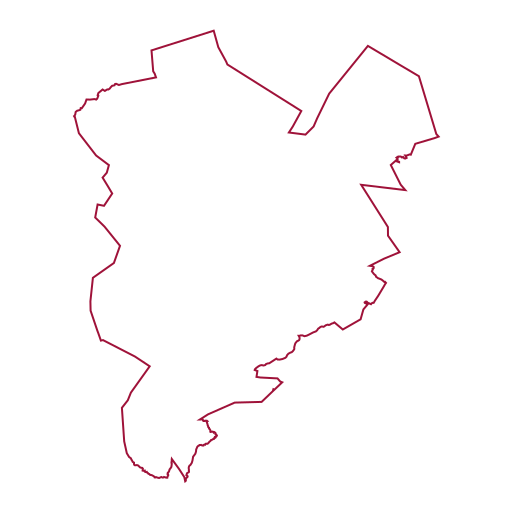 the district of San Nicolás Tolentino, San Luis Potosí, Mexico
{"feature_id": "50627088B31114967632852", "entity_name": "San Nicolás Tolentino", "entity_type": "district", "adm_level": 2, "iso_a3": "MEX", "parent_name": "Mexico", "parent_adm1": "San Luis Potosí", "projection": "albers", "projection_center": [-100.453, 22.148], "detail": "fine", "context": "isolated", "style": "outline", "palette": "rose", "viewbox_px": 512, "rotation_deg": 0, "n_neighbors": 0, "source": "geoboundaries", "source_scale": "gbopen_adm2", "svg_char_len": 5875}
<svg xmlns="http://www.w3.org/2000/svg" viewBox="0 0 512 512"><path d="M185.2,481.3L185.6,481.0L185.8,480.7L185.9,479.9L185.8,479.5L185.8,479.3L185.9,478.7L186.0,478.5L186.6,477.7L186.8,477.6L186.9,477.4L187.3,477.2L187.6,476.7L187.6,476.3L187.5,476.0L187.3,475.9L187.2,475.7L186.9,475.4L186.4,475.1L186.5,474.9L186.7,474.4L186.7,474.2L186.8,473.9L186.9,473.5L187.1,473.1L187.3,473.0L188.8,472.2L189.0,471.4L189.0,471.0L188.8,470.5L188.9,470.1L188.9,469.5L188.7,468.1L188.8,467.2L189.0,466.6L189.3,466.0L189.5,465.6L190.4,465.0L191.8,462.8L192.5,460.4L193.1,456.7L195.3,453.8L196.0,451.6L196.2,449.4L197.1,447.4L197.3,446.8L197.9,446.2L198.5,445.7L199.0,445.6L199.3,445.2L199.6,445.0L200.6,445.0L201.1,444.9L201.4,445.1L201.7,445.3L202.4,445.5L202.7,445.5L203.4,445.5L203.5,445.0L204.4,444.6L204.7,444.5L205.1,444.7L205.6,443.9L205.9,443.7L206.3,443.7L207.1,443.8L207.6,443.7L208.0,443.4L208.4,442.9L208.7,442.7L209.0,442.3L209.1,442.1L209.3,441.8L209.5,441.6L209.9,441.4L210.1,441.2L210.4,441.0L210.7,440.6L210.9,440.4L211.1,440.0L211.8,439.9L212.5,439.5L212.8,439.3L213.0,439.1L213.3,438.9L213.6,439.0L213.9,438.9L213.8,438.5L214.9,437.3L214.9,436.9L215.4,436.7L215.2,437.8L215.4,437.7L215.5,437.6L215.5,437.3L215.6,437.1L216.1,436.7L216.3,435.8L216.7,435.9L216.9,435.4L216.4,434.9L216.2,434.5L216.1,434.4L215.9,434.5L215.5,434.3L215.5,433.3L215.4,432.9L214.8,432.5L214.6,432.2L214.4,432.1L213.8,432.7L213.6,432.5L213.8,431.9L213.8,432.0L212.5,431.6L212.2,431.6L211.3,431.8L210.7,432.0L210.4,431.9L210.3,431.3L210.4,431.1L210.4,430.6L210.4,430.4L209.8,429.3L209.6,429.2L209.5,428.9L209.3,428.8L209.1,428.6L209.0,428.3L209.0,428.0L208.9,428.0L208.5,427.2L208.2,427.0L208.1,426.4L208.1,426.0L207.7,425.4L207.5,424.2L207.2,423.4L206.9,422.3L206.9,422.0L206.7,421.8L207.0,421.4L207.4,421.2L206.8,420.7L206.7,420.7L206.3,420.8L205.7,420.7L205.0,420.7L204.7,420.9L204.6,421.0L204.3,421.0L203.5,421.0L203.0,420.6L202.9,419.9L202.8,419.6L202.5,419.4L202.2,419.2L201.6,419.3L201.1,419.5L199.9,419.5L208.1,414.3L234.7,402.6L261.6,401.9L273.0,391.0L272.9,391.0L273.4,389.2L274.4,389.7L282.2,382.3L280.2,381.5L277.5,378.4L260.4,377.5L256.5,376.9L257.4,371.0L254.7,370.0L254.9,369.3L256.5,367.7L257.5,367.1L258.3,366.4L260.2,365.4L261.6,365.1L262.3,365.2L262.9,365.4L263.5,365.5L265.1,365.1L265.4,364.9L266.1,364.0L267.9,363.4L269.2,363.3L276.4,358.6L277.5,359.5L279.6,359.6L282.5,359.0L285.4,357.8L286.5,356.7L287.0,355.3L288.4,353.7L290.4,352.6L291.7,352.2L292.8,351.2L294.2,349.3L294.3,348.6L294.2,347.3L295.1,343.9L295.6,342.9L296.8,341.5L297.3,341.0L298.3,340.7L299.2,340.0L299.6,338.9L299.5,337.3L298.7,335.8L299.5,335.8L300.6,335.4L302.5,335.4L304.4,336.2L306.7,335.7L308.8,334.7L313.2,332.4L315.9,331.4L317.2,330.2L318.0,328.9L318.6,328.3L319.2,328.1L320.2,327.1L321.5,326.5L322.1,326.5L322.8,326.6L323.3,326.8L323.7,326.7L324.3,326.4L325.7,325.3L326.4,325.1L326.9,324.9L327.4,324.7L328.0,324.7L328.8,325.0L329.2,324.9L329.9,324.7L330.6,324.2L332.2,323.4L332.8,323.3L333.3,323.1L334.4,322.4L342.8,329.5L360.6,319.3L363.4,309.4L367.6,304.4L366.9,303.9L364.8,302.9L364.6,302.5L364.6,302.4L365.7,301.6L365.9,301.6L366.6,301.6L367.1,302.0L367.3,302.3L367.7,302.7L368.5,303.1L368.9,303.2L370.6,304.1L371.0,304.2L371.3,303.6L371.7,303.4L372.2,303.0L372.5,302.8L373.1,302.9L373.7,302.8L374.9,300.7L378.2,295.8L384.0,286.1L385.0,284.3L386.0,282.9L385.0,281.8L384.4,282.0L382.6,280.4L381.4,279.5L379.2,278.6L378.0,278.2L377.3,277.6L376.0,276.7L375.7,275.5L374.0,274.1L372.5,272.2L371.9,271.3L372.8,269.6L372.5,269.0L373.6,268.2L373.7,267.0L373.1,266.5L372.3,266.2L371.3,266.0L369.9,265.8L384.0,258.7L399.6,252.2L388.0,235.7L387.9,227.0L361.2,184.8L405.3,190.1L400.7,184.7L390.8,165.0L395.7,160.7L395.8,161.0L399.1,162.2L399.1,161.8L398.0,161.2L397.2,161.0L396.5,160.2L397.6,159.3L397.4,158.6L396.5,157.7L397.0,157.4L397.3,157.0L398.0,157.3L398.4,156.5L400.7,156.5L401.6,157.1L402.0,157.5L403.1,156.9L404.2,158.3L404.9,158.5L405.4,158.5L406.6,157.9L405.3,155.5L406.5,155.6L407.1,155.4L409.7,154.4L410.8,154.7L415.3,143.8L434.6,138.1L438.6,136.6L436.3,134.0L418.9,76.2L400.3,65.2L367.9,45.9L329.2,93.6L317.2,118.2L313.6,126.5L305.5,134.6L288.9,132.5L292.8,126.5L301.3,111.0L227.4,64.5L226.1,61.5L218.3,47.2L213.7,30.7L151.5,50.4L153.2,71.3L154.7,73.7L156.0,77.4L121.9,84.1L118.9,85.0L116.1,83.8L115.1,84.0L114.5,85.3L112.1,85.8L110.5,87.5L109.7,88.6L108.4,89.5L107.3,89.4L104.8,90.9L102.6,89.5L98.4,93.0L97.9,94.4L98.0,94.5L97.7,95.4L98.3,95.8L97.3,98.4L96.9,99.0L96.6,99.1L96.1,99.6L95.2,99.2L94.3,99.1L90.0,99.6L86.5,99.5L85.1,103.5L81.8,108.2L80.7,108.1L80.3,109.8L78.9,110.3L77.2,110.7L75.7,111.9L75.5,112.8L75.3,114.3L74.8,115.3L74.1,116.2L73.4,116.7L74.7,116.3L78.9,133.2L96.1,155.5L108.9,165.1L106.8,172.7L102.6,177.6L107.8,186.1L112.2,193.5L104.0,205.8L97.6,204.5L95.2,217.5L104.5,226.6L120.0,245.8L113.9,263.0L92.9,277.8L90.4,301.3L90.6,310.7L97.4,330.8L98.2,332.9L100.0,338.0L100.9,340.6L103.0,340.1L134.9,356.5L149.7,366.3L130.9,392.6L127.8,400.3L121.9,407.8L124.2,441.4L126.8,453.2L129.1,457.0L130.9,458.3L131.5,459.8L131.9,460.2L132.7,461.9L134.0,462.6L134.0,464.2L134.3,464.9L135.0,465.3L136.0,465.2L136.3,465.1L137.4,465.2L138.0,465.4L138.9,466.2L139.9,467.3L141.3,467.8L142.3,467.9L142.9,468.7L142.7,469.5L142.6,470.6L143.3,470.8L144.8,470.6L144.9,471.7L145.4,472.0L146.3,472.1L146.8,471.9L147.2,472.7L147.9,473.0L148.4,473.8L149.3,474.0L150.1,474.9L151.7,475.1L153.7,476.2L154.4,476.8L154.6,477.4L155.3,477.5L156.0,477.1L157.4,477.6L159.1,478.0L161.3,477.0L161.9,477.3L162.9,477.6L163.8,477.3L164.0,477.0L165.2,477.3L166.3,477.7L167.3,477.7L167.4,476.9L167.8,475.9L168.2,475.6L168.2,474.7L167.5,474.0L167.9,473.4L167.8,472.7L168.9,471.7L169.6,469.4L171.2,467.3L171.5,466.2L171.6,465.2L171.8,463.7L171.4,462.9L171.7,462.4L171.6,461.4L171.9,461.2L172.0,460.4L171.7,459.9L171.8,459.0L179.0,468.9L184.3,477.1L185.2,481.3Z" fill="none" stroke="#9f1239" stroke-width="2"/></svg>